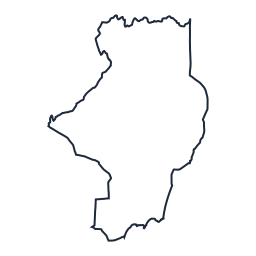 Bac Binh, Bình Thuận, Vietnam (Equal Earth projection)
{"feature_id": "81297802B84889732636102", "entity_name": "Bac Binh", "entity_type": "district", "adm_level": 2, "iso_a3": "VNM", "parent_name": "Vietnam", "parent_adm1": "Bình Thuận", "projection": "equal_earth", "projection_center": [108.379, 11.264], "detail": "fine", "context": "isolated", "style": "outline", "palette": "slate", "viewbox_px": 256, "rotation_deg": 0, "n_neighbors": 0, "source": "geoboundaries", "source_scale": "gbopen_adm2", "svg_char_len": 5678}
<svg xmlns="http://www.w3.org/2000/svg" viewBox="0 0 256 256"><path d="M190.1,18.6L189.9,20.0L189.7,20.8L189.2,22.1L188.8,22.6L188.6,22.9L187.1,23.7L185.4,24.2L185.1,24.6L184.5,26.0L184.3,26.3L183.6,26.4L181.1,26.1L180.5,25.8L179.6,25.3L179.2,24.7L179.0,24.4L178.9,23.3L178.8,23.1L177.4,23.0L176.9,22.7L176.6,22.3L176.6,21.4L176.4,21.0L175.5,20.6L172.7,18.0L172.1,17.9L171.8,18.0L171.1,17.9L170.4,16.8L169.8,16.4L169.4,16.3L169.1,16.3L167.4,17.1L166.6,18.2L166.3,18.4L165.1,18.3L164.0,18.3L162.7,18.7L162.5,18.8L162.3,19.2L162.1,21.1L161.9,21.3L161.6,21.5L160.8,21.6L158.1,21.0L157.6,21.1L156.7,21.5L155.9,21.6L155.3,21.4L154.2,20.9L153.4,21.8L153.2,22.0L152.0,22.0L150.5,22.7L149.9,22.8L149.0,22.6L148.2,22.0L147.8,21.3L147.7,20.8L147.6,19.4L147.4,19.0L146.5,18.1L145.7,17.5L144.7,17.5L143.8,17.8L143.5,18.1L143.0,19.1L142.6,19.5L142.1,19.7L141.2,19.7L140.2,20.3L139.1,21.2L138.8,21.2L138.4,21.1L137.9,20.9L136.1,19.2L135.7,18.7L135.2,18.3L134.8,18.3L134.3,18.6L133.9,19.3L132.6,22.0L132.1,24.6L131.8,25.0L131.0,25.2L129.1,26.4L128.3,26.1L127.4,25.5L127.1,25.5L126.4,26.3L125.6,26.7L125.4,26.7L125.1,26.4L124.7,25.2L124.6,24.5L124.8,22.9L124.9,19.9L123.8,19.9L123.5,19.7L123.2,18.9L122.6,17.0L122.4,17.0L121.5,17.3L119.2,19.1L118.8,19.3L118.4,19.3L118.0,19.2L117.9,19.0L117.2,17.6L117.0,17.0L116.8,15.6L116.5,15.4L115.9,15.4L115.1,15.8L114.2,16.6L113.3,17.8L112.9,17.9L111.9,18.0L111.1,18.4L110.7,18.7L110.3,19.3L109.9,20.3L109.4,21.2L109.2,21.3L107.5,22.3L106.9,22.6L106.4,22.6L102.2,22.2L101.3,24.3L100.7,25.4L100.2,26.7L99.0,28.0L98.3,29.3L98.2,29.6L98.2,30.3L99.7,32.7L99.8,33.0L99.9,33.6L99.6,34.2L99.2,34.8L96.0,38.1L95.7,38.9L95.8,39.7L97.5,45.8L98.6,48.9L99.0,50.5L99.8,52.1L101.0,54.7L101.9,54.2L102.0,53.9L102.6,53.1L102.7,52.2L102.9,51.7L103.4,51.6L104.1,51.0L104.3,51.0L104.7,51.7L105.0,52.0L105.8,53.2L106.9,53.6L107.1,54.0L107.2,55.4L107.5,56.1L107.8,57.4L108.6,59.2L108.8,59.4L109.2,59.3L109.5,59.4L109.8,60.5L110.3,60.8L110.8,61.3L111.0,62.9L110.7,64.6L110.9,65.4L108.9,68.0L105.5,71.8L104.5,72.2L103.2,72.6L102.8,72.8L102.3,73.3L102.2,73.8L102.0,74.5L101.9,77.4L100.1,79.2L99.3,80.4L98.2,82.0L96.8,85.0L95.0,87.3L94.5,87.7L93.3,87.8L92.9,88.0L88.6,91.5L86.4,93.6L85.8,94.3L84.0,96.9L83.6,99.2L83.2,99.8L82.9,100.0L80.9,100.7L78.9,102.2L77.8,102.9L76.5,103.5L76.4,104.6L76.0,106.1L75.1,107.1L73.0,110.4L72.3,110.9L71.4,111.2L69.1,111.6L68.4,112.2L67.0,112.2L65.2,112.5L63.6,113.0L62.9,112.9L62.5,113.0L61.1,114.0L59.3,115.1L58.6,115.5L57.7,115.7L57.2,116.4L55.7,117.0L55.3,118.4L55.1,119.1L53.6,120.7L53.0,120.0L52.8,119.3L52.2,116.3L51.9,115.7L51.6,115.6L51.3,115.8L50.6,117.2L50.3,117.9L50.0,119.2L50.1,120.3L50.3,122.1L50.2,122.4L49.1,122.9L48.9,123.1L48.7,123.4L48.7,123.9L48.9,124.8L48.9,125.3L48.4,126.1L50.4,127.7L52.6,128.9L58.7,132.7L63.8,135.5L67.3,137.7L68.0,138.4L68.8,139.7L69.6,140.8L72.4,144.1L73.2,145.2L74.8,151.4L74.9,151.7L75.3,152.2L75.4,152.6L75.6,153.1L75.7,153.8L76.0,154.7L76.2,154.8L78.2,155.0L83.0,156.1L84.2,156.2L92.0,159.5L93.0,159.8L95.2,160.2L96.3,160.9L97.1,161.2L97.7,161.5L98.9,162.4L98.9,162.8L98.8,163.5L99.0,163.9L103.5,169.3L106.0,171.3L108.6,173.2L109.4,174.1L111.0,177.9L111.0,178.2L110.9,178.5L110.0,179.9L108.7,181.5L108.4,182.2L108.2,182.5L108.5,190.7L108.7,192.2L108.8,196.9L108.8,198.4L106.3,198.5L103.8,198.9L102.2,198.9L100.4,199.1L95.8,199.4L95.4,208.3L95.1,211.3L95.0,214.4L94.5,225.4L94.4,225.5L93.3,226.1L92.0,227.0L92.7,227.2L93.7,227.6L94.7,228.7L95.3,229.0L96.7,228.9L100.9,229.2L101.2,229.3L101.5,229.7L102.2,231.1L102.9,231.8L106.1,235.2L106.6,236.0L107.2,237.4L107.9,239.4L108.6,240.6L112.0,240.6L113.3,240.5L114.8,240.2L116.5,239.6L120.0,238.2L121.5,237.4L123.9,236.4L124.3,237.3L125.1,234.9L125.7,233.3L126.4,231.8L127.0,230.8L128.5,228.7L129.6,227.8L130.2,227.6L131.4,225.7L132.3,224.9L132.6,224.7L134.1,224.3L135.0,224.3L135.9,224.4L136.3,224.7L136.3,224.9L136.3,225.2L136.8,225.4L136.9,226.0L137.3,225.9L137.8,225.3L138.1,225.2L138.3,225.4L138.9,225.2L139.4,225.3L139.7,225.1L140.7,225.2L142.5,225.0L143.2,225.1L143.6,225.3L143.9,225.6L143.9,226.2L143.9,226.7L143.8,227.2L143.8,227.3L143.9,227.2L144.0,227.4L144.3,227.6L144.5,227.8L144.6,227.5L145.1,226.9L145.5,226.0L146.0,225.4L146.0,225.2L146.3,225.1L146.4,224.3L147.0,223.0L148.2,221.3L148.7,220.7L149.6,219.9L150.4,219.2L151.1,218.9L151.9,218.6L152.2,218.8L152.8,218.7L154.4,218.7L154.8,218.9L155.4,219.5L155.4,220.1L155.8,220.5L157.0,220.8L158.3,221.9L158.5,222.0L159.0,221.8L159.3,221.4L160.0,220.9L160.5,220.5L160.7,220.2L160.9,220.1L160.9,219.9L161.2,220.0L161.4,219.9L161.5,219.8L161.5,219.4L161.9,219.1L162.1,219.1L162.2,218.9L162.7,218.7L162.8,218.4L163.1,218.4L163.4,218.7L163.6,218.6L163.6,218.3L163.3,217.9L163.5,216.3L164.0,213.0L165.2,206.9L166.6,201.7L167.8,197.6L169.6,192.3L172.2,185.4L171.7,184.3L171.6,183.8L171.5,175.4L171.6,174.4L172.8,171.5L173.6,169.9L173.9,169.5L178.1,169.7L179.9,169.3L183.5,166.8L188.4,163.2L189.0,163.0L189.7,163.3L189.8,163.3L190.1,162.5L190.0,160.9L190.2,160.7L190.7,160.7L191.0,160.6L191.2,160.2L191.7,159.0L191.6,157.2L192.2,156.2L192.6,154.8L193.4,153.0L193.6,152.2L193.7,151.1L193.7,150.7L193.5,150.3L194.0,149.1L194.7,148.9L195.0,148.7L195.8,147.5L198.4,144.3L199.7,143.0L199.9,142.7L200.6,139.7L200.8,139.4L201.6,138.5L201.7,138.1L202.4,137.8L202.6,137.3L203.5,134.3L204.0,132.8L204.3,130.4L204.0,126.4L204.0,122.5L202.9,119.6L202.9,119.4L205.7,113.0L207.4,109.3L207.5,108.9L207.6,99.8L207.5,98.5L207.4,97.5L207.2,96.4L206.1,92.3L205.5,90.1L204.6,88.3L203.5,86.7L200.6,83.4L199.5,82.4L194.9,79.2L191.9,76.7L190.1,75.7L189.8,75.2L189.9,71.9L190.5,66.4L190.6,62.8L190.0,48.1L189.9,40.1L190.0,35.3L189.9,26.8L190.2,19.9L190.2,19.0L190.1,18.6Z" fill="none" stroke="#1e293b" stroke-width="2"/></svg>